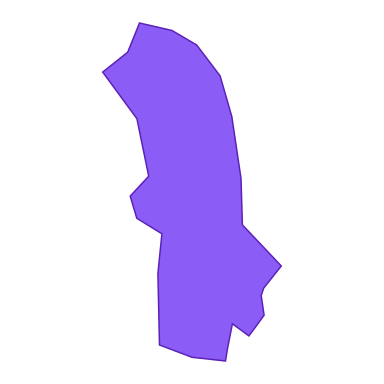 the border of Knowsley
{"feature_id": "GBR-5666", "entity_name": "Knowsley", "entity_type": "Metropolitan Borough", "adm_level": 1, "iso_a3": "GBR", "parent_name": "United Kingdom", "parent_adm1": "", "projection": "albers", "projection_center": [-2.836, 53.422], "detail": "fine", "context": "isolated", "style": "filled", "palette": "violet", "viewbox_px": 384, "rotation_deg": 0, "n_neighbors": 0, "source": "natural_earth", "source_scale": "10m", "svg_char_len": 450}
<svg xmlns="http://www.w3.org/2000/svg" viewBox="0 0 384 384"><path d="M225.5,361.0L192.0,357.3L159.5,345.0L157.9,273.6L161.9,233.8L136.8,218.3L130.2,196.1L148.7,176.2L136.9,118.7L102.7,72.1L127.7,52.2L139.5,23.0L172.0,30.5L196.7,45.0L220.1,75.9L231.8,116.5L241.0,178.4L242.4,224.9L281.3,266.0L263.7,288.1L261.2,295.6L264.1,315.2L255.3,327.3L248.9,335.9L232.4,323.8L227.3,349.7L225.5,361.0Z" fill="#8b5cf6" stroke="#5b21b6" stroke-width="1.5"/></svg>